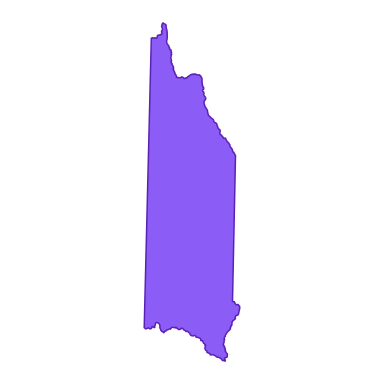 Chos Malal, Neuquén, Argentina (Mercator projection)
{"feature_id": "61730980B85751419294070", "entity_name": "Chos Malal", "entity_type": "district", "adm_level": 2, "iso_a3": "ARG", "parent_name": "Argentina", "parent_adm1": "Neuquén", "projection": "mercator", "projection_center": [-70.248, -36.806], "detail": "fine", "context": "isolated", "style": "filled", "palette": "violet", "viewbox_px": 384, "rotation_deg": 0, "n_neighbors": 0, "source": "geoboundaries", "source_scale": "gbopen_adm2", "svg_char_len": 5911}
<svg xmlns="http://www.w3.org/2000/svg" viewBox="0 0 384 384"><path d="M144.2,327.6L144.5,327.7L145.4,328.8L146.7,328.7L148.2,327.9L148.5,327.9L149.6,328.7L150.2,328.9L150.9,328.7L151.4,328.3L151.6,328.1L152.0,326.9L152.4,326.6L152.7,326.7L154.1,327.6L154.4,327.6L154.8,327.2L154.5,326.6L155.2,325.3L155.5,323.5L156.0,322.7L156.5,322.5L157.2,322.6L158.3,323.2L159.0,323.7L159.4,324.2L159.7,324.7L159.9,325.8L159.9,327.4L160.0,328.1L160.6,329.2L160.8,330.2L161.7,331.3L162.2,331.6L162.8,331.7L163.1,332.0L163.4,332.5L163.7,332.7L164.1,332.5L164.1,332.2L164.4,331.7L165.1,331.2L166.1,330.9L166.5,330.7L166.6,330.1L166.8,329.9L168.6,329.5L169.6,328.8L169.8,328.8L170.4,329.1L171.5,327.7L172.4,327.2L172.7,327.2L173.3,327.5L173.9,327.5L175.3,327.9L175.7,327.7L175.8,327.3L176.2,327.4L176.5,327.6L176.9,328.3L177.4,328.6L178.9,329.6L179.6,329.3L180.1,329.4L180.8,329.1L181.4,328.4L182.1,328.1L183.2,329.0L183.8,329.9L185.3,330.6L185.5,331.0L186.0,331.5L186.7,331.4L187.1,331.2L187.7,331.4L188.0,331.7L188.4,332.3L189.2,332.7L189.7,333.3L190.3,334.8L191.2,335.5L192.0,335.8L192.7,335.9L193.2,335.9L194.5,335.4L194.8,335.5L195.6,336.1L196.3,337.3L197.6,337.4L198.8,337.7L200.4,338.6L200.7,339.2L200.8,339.7L200.7,340.2L200.9,340.5L201.2,340.7L202.4,340.7L202.6,340.9L203.5,343.1L204.7,344.1L204.9,344.6L205.3,344.7L205.6,345.2L205.6,345.5L205.1,345.6L205.1,345.9L205.2,346.5L204.9,348.4L205.4,349.4L205.5,350.0L206.3,350.6L206.8,351.2L207.0,351.5L206.9,352.0L207.1,352.4L208.3,353.0L209.8,353.5L210.0,353.8L210.2,354.8L211.6,354.9L212.4,354.6L213.5,354.8L213.9,355.2L214.3,355.3L215.8,356.0L216.2,356.7L217.4,357.2L218.7,357.3L221.1,358.7L221.8,359.7L222.6,360.5L223.3,360.5L224.4,360.9L225.2,361.0L225.4,360.1L224.7,359.4L224.3,358.6L224.6,358.0L225.0,358.0L225.2,357.8L226.5,357.4L227.2,356.9L227.2,356.2L227.4,354.6L227.2,353.8L226.5,353.0L226.0,352.3L225.8,351.7L225.5,351.6L225.3,351.1L225.2,350.7L225.4,350.5L225.2,350.1L225.4,349.7L225.1,349.3L225.1,348.4L224.8,348.1L224.8,347.6L224.7,347.5L224.7,347.1L224.3,346.9L224.3,346.1L223.6,345.7L223.5,345.3L223.6,345.1L223.3,344.6L223.5,343.5L223.7,343.3L224.1,342.1L224.1,341.5L224.0,341.0L224.2,340.4L224.5,339.9L224.2,339.5L224.5,339.2L224.3,338.6L224.3,337.6L224.6,337.1L225.1,336.6L225.3,336.3L225.3,335.6L225.6,334.7L226.3,333.8L226.7,332.9L227.0,332.6L227.3,332.1L227.5,332.0L227.9,331.5L229.4,330.2L229.9,329.6L230.1,328.8L230.4,328.8L230.4,328.6L230.1,328.1L230.1,327.9L230.6,327.5L230.9,326.5L230.8,326.2L230.9,325.9L231.2,325.7L231.4,325.8L231.8,325.3L232.1,321.9L232.8,321.1L232.9,320.6L233.7,320.2L234.9,319.1L235.2,319.0L235.4,318.7L235.4,318.4L235.2,317.9L235.3,317.7L235.5,316.1L236.3,315.4L237.4,315.3L237.7,315.2L238.1,314.3L238.5,314.1L239.1,310.9L239.4,310.2L239.5,309.7L239.4,309.1L239.8,308.3L239.8,307.7L239.4,306.6L239.6,306.2L238.7,305.4L238.2,304.6L237.7,304.5L236.3,304.8L235.0,303.6L234.9,302.7L234.3,301.7L233.0,301.6L232.5,301.4L235.5,155.6L235.3,155.6L234.6,153.8L234.3,153.2L233.7,152.7L233.7,152.2L232.8,151.8L232.6,151.2L232.5,150.0L231.8,148.6L231.5,148.1L230.5,147.2L230.3,147.0L230.0,146.1L229.8,144.6L229.1,143.9L228.6,142.7L227.3,141.8L225.7,139.0L225.7,138.4L225.1,138.1L223.6,138.3L222.8,137.1L222.8,136.7L222.5,136.3L222.1,136.2L221.9,136.0L221.5,135.1L220.3,134.6L219.9,133.8L219.8,133.3L220.0,133.1L220.0,132.7L219.8,132.3L220.2,131.2L220.1,130.3L219.9,129.7L219.6,129.5L218.6,128.9L218.3,128.5L217.6,126.9L217.6,126.5L217.2,125.8L217.0,125.2L217.0,124.6L216.7,123.8L216.2,123.2L215.5,122.7L214.5,122.4L214.3,122.2L213.9,121.6L213.5,120.0L213.1,119.4L212.6,118.9L211.6,118.4L209.9,116.5L209.6,116.5L208.3,114.9L207.9,113.1L207.7,112.6L207.4,110.3L206.8,109.3L205.9,107.9L205.7,107.4L205.4,107.1L205.4,106.8L204.7,106.1L204.7,105.5L204.5,104.8L204.5,104.3L204.4,104.1L204.0,103.8L204.0,103.3L204.1,101.4L204.9,100.1L205.4,99.8L205.5,99.6L205.4,99.5L205.8,98.5L205.4,97.2L204.3,95.9L203.9,95.0L203.7,94.2L204.0,93.4L203.8,92.2L203.3,91.8L202.8,91.1L202.6,90.4L202.7,89.9L202.9,89.7L203.7,89.1L203.7,88.3L203.5,87.7L203.6,87.4L203.3,87.1L203.2,87.2L202.8,85.9L202.2,85.3L202.4,84.2L202.0,83.0L202.2,82.3L202.1,81.9L201.9,81.6L202.1,80.1L202.0,79.7L202.0,78.8L201.8,78.4L201.9,78.0L201.4,77.6L201.0,76.8L201.0,76.6L200.6,76.3L200.7,76.0L200.5,75.8L199.3,74.8L198.9,74.8L197.9,75.2L197.7,75.2L197.4,74.9L196.9,74.7L196.3,74.8L195.7,74.0L194.8,74.1L194.0,74.1L193.8,74.1L193.8,74.4L193.6,74.5L193.4,74.3L192.9,74.1L190.7,74.7L190.2,75.0L189.9,75.4L187.9,76.6L187.5,77.1L187.5,77.5L187.1,77.7L186.1,77.8L185.9,78.3L185.2,78.3L184.8,78.6L184.4,78.4L184.2,78.5L184.0,78.4L183.6,77.8L183.3,77.8L183.1,77.5L182.5,77.2L182.3,77.0L181.6,76.9L180.9,77.6L180.3,77.7L178.8,77.7L178.0,77.5L177.1,77.4L176.4,77.1L176.4,76.7L176.5,76.5L176.1,75.5L176.0,75.1L174.9,73.7L174.8,73.3L175.0,73.1L174.9,72.8L174.5,72.4L174.4,72.1L174.5,71.9L174.2,71.5L174.1,71.2L173.8,70.9L173.8,70.6L173.5,70.0L173.6,69.9L173.5,69.7L173.6,69.4L173.2,69.1L173.4,69.0L173.4,68.7L173.2,68.6L173.6,67.2L172.4,64.9L171.9,64.4L171.8,63.9L172.0,63.4L171.2,62.9L171.1,61.4L171.5,61.3L171.5,61.1L171.4,60.1L170.9,58.3L170.9,57.6L171.2,55.3L171.7,54.6L171.7,54.3L171.3,53.9L171.1,53.4L171.4,52.8L171.6,52.5L171.6,52.2L171.1,51.9L171.0,51.6L171.0,51.0L171.2,50.2L170.5,50.0L170.1,49.8L169.5,49.0L169.8,48.4L169.5,47.8L169.0,47.4L168.9,46.0L168.4,45.7L167.9,44.7L166.9,43.5L166.8,43.0L166.6,40.7L167.0,39.7L167.2,38.0L167.2,33.0L166.9,30.1L166.4,28.9L166.5,28.3L166.1,27.7L166.1,25.1L165.4,24.4L163.0,23.0L162.7,23.6L162.1,24.0L162.0,24.3L162.0,24.9L161.8,25.5L161.6,26.5L162.2,27.7L162.5,29.3L162.4,30.0L161.9,30.7L161.6,30.9L161.6,31.6L161.5,32.0L161.9,32.5L161.9,33.9L161.8,34.1L161.2,34.5L160.7,34.4L160.3,34.9L159.5,34.9L159.2,35.1L158.4,35.1L158.0,35.2L157.3,35.8L157.3,37.1L157.2,37.6L156.9,37.7L156.7,38.0L156.4,38.2L155.0,37.8L154.5,37.9L154.1,38.2L153.7,38.2L153.0,37.8L152.5,37.7L151.3,38.3L144.2,327.6Z" fill="#8b5cf6" stroke="#5b21b6" stroke-width="1.5"/></svg>